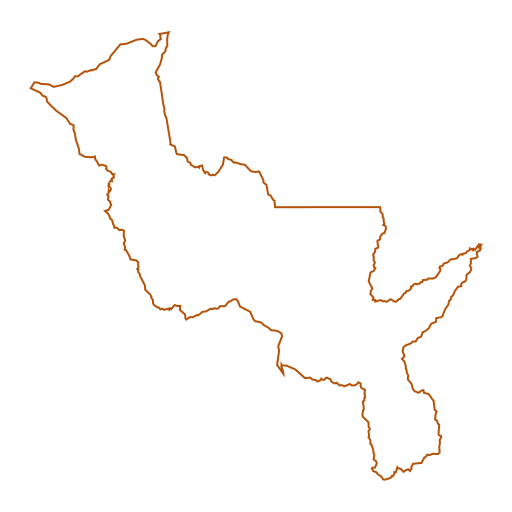 outline of San Juan Bosco, Morona Santiago, Ecuador
{"feature_id": "8360857B91956383415021", "entity_name": "San Juan Bosco", "entity_type": "district", "adm_level": 2, "iso_a3": "ECU", "parent_name": "Ecuador", "parent_adm1": "Morona Santiago", "projection": "robinson", "projection_center": [-78.379, -3.26], "detail": "fine", "context": "isolated", "style": "outline", "palette": "amber", "viewbox_px": 512, "rotation_deg": 0, "n_neighbors": 0, "source": "geoboundaries", "source_scale": "gbopen_adm2", "svg_char_len": 6036}
<svg xmlns="http://www.w3.org/2000/svg" viewBox="0 0 512 512"><path d="M283.4,373.9L283.2,371.6L281.4,367.0L281.5,364.5L282.1,365.6L286.2,365.5L295.3,369.4L304.9,378.1L310.3,377.6L312.3,379.4L316.0,380.2L317.2,381.5L319.8,380.7L321.3,378.7L322.4,379.8L324.1,379.8L326.3,377.6L330.3,379.1L331.2,381.3L332.6,382.4L334.9,383.4L336.5,382.7L339.5,385.4L341.9,385.1L344.4,386.3L349.9,384.0L351.4,385.3L354.0,385.5L356.3,384.7L358.4,382.3L360.7,383.6L360.6,385.9L361.4,388.0L365.0,389.8L364.4,393.3L365.0,394.3L364.6,395.3L365.2,397.2L364.3,398.1L364.4,400.3L362.9,401.5L363.9,409.1L363.1,410.5L362.4,414.4L362.8,416.8L368.5,422.2L368.6,426.5L369.9,429.0L368.5,431.2L369.1,435.7L368.5,437.0L370.4,440.2L370.4,444.1L371.6,444.9L373.6,451.3L373.4,452.8L374.3,454.8L373.6,459.4L376.1,461.3L376.8,463.4L374.9,467.6L372.1,467.8L371.8,468.4L373.3,471.1L376.7,472.4L377.5,474.0L380.9,476.2L383.2,479.4L384.7,479.7L387.6,478.9L390.7,477.7L391.9,475.9L392.9,476.3L394.5,473.4L394.3,472.2L395.8,472.3L397.3,467.4L398.0,468.6L399.3,468.3L401.1,469.2L403.6,471.8L405.9,470.1L408.3,469.3L409.9,471.0L411.4,469.0L411.4,466.9L413.0,463.8L421.5,462.9L424.3,457.6L425.9,456.8L427.1,454.6L429.5,455.1L432.9,453.8L438.0,454.1L439.7,452.0L439.2,447.1L440.0,442.6L439.6,440.3L441.3,436.9L440.9,435.7L439.4,435.6L438.5,434.1L439.2,424.6L437.8,423.7L437.0,420.7L435.1,419.6L435.6,414.2L436.7,411.6L434.7,409.8L433.6,401.0L428.7,394.1L424.0,392.8L423.4,390.2L421.4,390.6L418.7,392.8L414.7,391.2L413.0,389.3L411.5,383.8L407.8,379.3L408.2,375.5L406.6,372.1L406.8,370.8L405.9,369.0L405.7,365.7L404.3,361.3L401.9,358.9L404.5,356.3L402.6,351.3L403.4,347.2L405.5,345.5L411.0,343.3L412.8,341.5L415.6,341.5L417.8,338.0L421.1,336.6L422.7,332.3L425.7,330.9L428.8,328.3L431.2,323.8L435.9,321.8L436.3,318.1L441.1,317.2L442.5,316.1L445.0,309.5L448.4,304.6L449.0,301.0L450.8,299.4L451.1,296.9L453.0,295.5L454.9,291.0L457.9,286.8L461.2,286.2L461.2,283.9L462.8,282.2L464.6,281.8L466.3,279.7L466.5,274.9L470.3,271.7L471.4,268.6L470.0,265.8L470.9,263.1L470.8,258.8L475.4,258.2L477.5,257.0L476.6,252.2L480.1,250.3L480.8,248.5L480.3,246.3L481.3,244.7L480.1,244.5L479.6,245.3L479.0,244.7L478.6,247.2L477.8,246.0L474.9,249.9L474.3,249.3L473.1,250.1L472.9,248.8L471.9,249.4L470.0,248.4L469.7,250.1L466.9,251.5L465.8,253.1L462.9,253.8L462.4,254.8L461.6,254.2L459.4,254.8L456.8,258.4L450.5,259.5L447.6,262.4L443.8,263.6L442.5,265.9L439.8,266.6L439.4,268.1L440.5,269.0L440.3,270.7L435.8,277.4L432.6,278.6L428.1,278.5L427.0,279.8L423.0,280.0L422.3,282.0L420.6,282.2L420.1,283.3L417.0,284.3L415.5,283.7L413.3,284.8L412.3,286.4L411.1,286.5L411.0,288.5L409.3,290.5L406.3,291.1L405.7,292.7L404.0,293.6L400.3,298.8L398.9,299.1L396.2,301.6L394.7,301.7L390.6,299.2L386.7,301.8L384.6,301.1L382.9,301.4L380.9,300.1L375.2,301.5L375.2,300.1L372.8,299.9L373.5,297.5L370.4,294.1L370.8,291.0L372.3,288.5L368.7,281.3L370.5,272.4L373.6,271.0L375.4,268.0L374.2,267.4L373.6,265.4L374.9,262.6L373.5,260.0L373.8,257.4L373.1,254.5L375.1,251.7L375.3,248.8L378.1,247.6L378.4,246.1L377.6,243.9L377.5,240.6L380.0,239.5L380.4,236.1L382.9,233.3L384.3,233.2L386.0,228.7L385.4,225.6L383.3,225.0L384.4,223.0L383.6,221.3L383.8,219.0L382.8,217.4L382.6,214.1L380.5,211.8L380.1,207.1L275.0,207.2L274.5,200.7L273.4,200.1L270.5,195.5L268.2,194.5L266.5,184.9L263.5,182.5L263.3,180.0L259.1,171.4L255.2,172.1L250.8,171.1L244.8,164.7L240.6,164.2L235.7,162.4L234.6,162.8L232.3,161.4L231.6,160.0L228.1,159.0L227.1,157.6L225.0,157.3L224.1,157.5L222.9,164.6L218.1,172.2L214.5,175.4L212.8,174.7L211.2,175.4L208.7,174.4L208.6,172.9L207.3,172.2L205.4,172.3L205.1,173.1L204.5,172.5L204.6,171.6L203.1,170.1L202.2,165.5L199.6,166.0L199.1,167.6L198.2,166.8L195.0,167.3L190.9,164.8L190.4,162.9L187.6,161.4L187.0,158.1L184.2,155.1L177.1,154.2L176.3,152.8L174.9,146.5L170.2,144.4L170.5,142.7L166.4,118.0L165.1,115.3L164.2,110.7L164.5,109.1L163.4,104.9L160.0,81.8L159.1,81.3L157.8,78.5L158.9,76.9L156.6,74.9L155.7,72.4L160.1,64.3L161.9,57.8L162.0,54.8L165.3,51.3L165.9,48.0L167.3,46.0L167.2,39.0L167.7,34.7L168.8,32.3L159.4,34.0L160.5,35.3L160.2,36.9L160.9,39.0L158.0,41.1L155.5,46.2L152.5,46.2L150.9,44.1L145.4,39.9L142.8,38.9L136.7,39.7L126.3,43.8L120.3,44.4L110.4,56.4L109.3,59.8L99.9,64.2L95.8,69.4L94.1,69.3L92.5,70.4L90.8,70.1L87.1,71.7L84.8,71.3L77.7,76.4L74.9,76.3L73.1,78.9L69.9,81.7L62.4,84.9L53.7,86.9L49.1,84.4L40.8,83.9L38.1,82.6L34.4,82.4L30.7,88.3L40.1,92.6L42.6,95.6L45.8,96.9L46.6,98.3L47.0,101.4L49.9,104.6L56.4,110.9L66.3,118.0L70.1,123.9L73.7,125.3L73.4,129.4L75.0,134.1L75.8,139.5L78.8,148.6L79.6,154.0L84.9,156.8L91.5,157.3L94.9,156.5L95.3,159.6L96.5,160.6L99.1,165.6L102.1,164.7L106.0,166.0L106.6,168.0L106.1,168.8L107.6,170.6L111.0,172.0L112.1,174.0L114.2,174.2L113.3,175.9L113.9,176.9L113.6,177.9L111.6,178.7L112.1,181.1L110.6,180.7L108.7,183.8L109.4,184.9L108.4,185.5L108.5,186.5L110.5,187.7L110.9,189.6L109.2,191.9L108.7,190.7L108.3,194.0L107.2,194.6L108.7,196.8L107.9,198.1L108.0,199.8L110.3,201.8L110.3,203.2L111.3,204.7L108.8,209.6L105.0,211.0L107.8,213.2L109.8,216.8L109.8,218.2L112.0,219.9L113.3,224.7L114.4,226.0L114.2,227.7L117.0,227.8L119.3,230.2L122.2,229.8L123.9,230.6L123.7,235.9L125.2,240.6L123.7,243.7L125.1,246.7L124.7,249.8L126.1,250.2L129.2,255.7L130.5,259.4L136.1,260.4L138.3,262.2L138.1,265.1L138.6,266.9L137.2,269.0L138.5,269.7L138.0,271.8L139.8,274.1L139.9,275.7L144.9,285.4L145.2,289.7L150.4,294.7L151.4,296.8L151.2,297.7L152.8,299.7L153.1,303.6L154.0,304.9L157.4,307.4L158.7,307.4L160.3,309.3L162.5,308.6L163.9,309.8L168.7,308.6L169.2,309.7L170.1,308.3L171.1,309.2L174.6,305.1L177.8,306.1L180.3,305.9L179.9,309.8L185.1,314.5L185.5,318.6L186.2,319.6L190.0,317.1L192.8,317.2L197.1,315.0L198.1,315.4L202.6,311.8L206.0,311.4L210.8,308.6L212.0,309.2L214.7,308.2L216.4,308.8L218.3,308.4L219.9,306.2L225.0,306.2L228.8,301.6L230.4,301.4L232.8,299.6L236.1,299.1L237.4,300.4L240.1,306.6L250.1,311.7L253.2,318.8L255.1,321.1L261.2,322.5L263.8,325.1L268.9,328.0L270.9,330.2L277.0,330.8L281.4,333.4L282.0,336.5L278.2,346.3L279.1,350.7L277.1,365.0L283.4,373.9Z" fill="none" stroke="#b45309" stroke-width="2"/></svg>